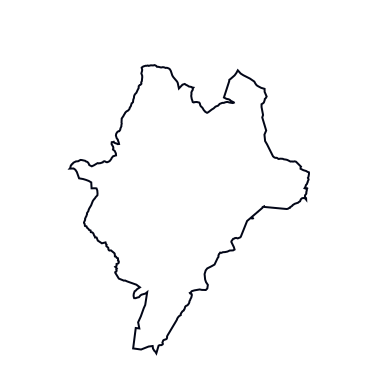 the district of San Antonio Cañada, Puebla, Mexico, rotated 337°
{"feature_id": "50627088B68124380296432", "entity_name": "San Antonio Cañada", "entity_type": "district", "adm_level": 2, "iso_a3": "MEX", "parent_name": "Mexico", "parent_adm1": "Puebla", "projection": "orthographic", "projection_center": [-97.28, 18.495], "detail": "fine", "context": "isolated", "style": "outline", "palette": "ink", "viewbox_px": 384, "rotation_deg": 337, "n_neighbors": 0, "source": "geoboundaries", "source_scale": "gbopen_adm2", "svg_char_len": 5979}
<svg xmlns="http://www.w3.org/2000/svg" viewBox="0 0 384 384"><g transform="rotate(337 192 192)"><path d="M219.5,252.2L231.4,240.2L236.2,238.7L236.4,239.3L237.0,239.1L237.6,240.1L237.8,240.1L237.7,238.7L237.4,238.3L250.6,234.1L251.1,233.5L252.8,233.4L252.7,234.0L272.6,244.7L273.9,244.9L274.7,244.7L276.0,244.8L276.2,244.4L278.4,244.0L279.4,243.6L279.6,243.4L282.0,243.0L285.5,243.3L286.2,243.0L287.9,242.7L289.3,241.3L290.5,240.8L291.2,240.8L292.5,241.2L293.4,241.9L293.8,242.5L294.1,243.6L294.6,242.2L294.1,240.9L294.3,240.0L294.8,239.2L296.4,238.3L297.0,237.5L297.1,236.8L298.2,235.6L298.4,234.8L299.5,233.7L299.3,233.4L299.0,233.3L298.2,233.4L297.1,232.5L298.7,231.3L299.5,230.2L301.1,229.4L301.6,228.7L302.2,228.3L302.5,227.7L304.1,226.2L304.3,225.8L304.2,224.3L305.1,223.6L306.8,221.0L307.3,219.6L306.2,218.6L305.3,217.3L303.0,215.4L301.0,213.0L301.8,211.4L302.2,211.2L299.6,204.8L298.5,203.9L296.8,203.5L296.3,203.1L294.5,202.4L292.3,199.8L291.3,199.0L289.2,197.7L288.5,196.9L286.0,195.7L284.9,195.6L284.3,195.1L283.9,194.3L283.3,193.6L282.4,193.3L281.5,192.6L281.2,192.2L280.5,190.8L279.7,177.4L279.2,173.7L281.1,167.5L284.3,164.4L285.8,150.8L287.5,148.9L289.2,141.0L290.3,138.4L292.4,138.0L293.2,137.6L294.9,135.7L295.4,134.8L296.4,134.5L298.0,133.3L298.0,128.2L299.1,125.4L296.4,123.2L294.2,120.5L293.2,119.0L292.7,116.9L292.5,114.7L289.7,110.3L284.9,104.6L283.1,102.0L281.7,97.9L279.3,99.8L276.8,101.3L271.6,103.0L270.2,103.3L269.5,104.6L258.3,117.5L260.1,119.7L262.0,121.0L263.0,122.3L263.3,123.2L265.5,125.8L265.5,126.1L264.4,126.1L261.8,124.5L259.6,122.8L257.4,122.4L256.2,122.4L254.7,121.8L251.9,121.7L249.8,122.7L247.0,122.6L244.6,123.5L242.5,123.8L238.6,124.8L237.4,125.0L236.8,125.0L235.5,123.3L235.3,122.3L234.9,121.6L234.5,118.5L233.6,116.5L233.5,115.3L233.8,113.5L233.6,112.5L231.7,111.1L229.7,110.3L228.7,110.3L227.9,109.6L227.8,109.3L228.0,108.4L228.1,106.3L228.8,103.3L229.8,101.6L230.3,100.2L231.2,99.2L232.2,98.6L233.0,97.6L233.0,97.1L234.0,96.5L233.1,95.9L232.5,95.1L230.3,93.6L229.4,92.1L228.7,91.5L227.5,89.7L225.2,89.5L220.4,91.6L221.5,85.9L221.4,84.5L219.7,79.0L219.4,77.1L219.8,72.3L219.6,70.5L219.2,69.6L218.0,68.3L217.3,67.8L216.2,67.5L215.2,66.5L214.0,65.7L212.2,65.3L209.9,63.6L208.7,63.1L208.4,62.0L207.2,60.6L205.6,60.3L203.6,59.3L201.4,59.0L200.8,58.3L199.5,58.1L198.8,57.7L196.2,57.4L194.3,57.8L194.1,58.6L194.0,59.7L193.5,60.8L191.7,63.1L191.6,65.4L191.1,66.8L189.1,70.4L188.3,71.0L188.0,71.4L187.7,72.6L186.4,73.2L185.7,73.1L184.8,73.5L184.3,73.8L183.4,75.6L182.1,76.6L179.5,79.0L178.6,79.3L177.3,80.0L176.1,81.2L175.4,82.6L174.0,84.1L172.8,86.2L171.5,86.8L171.1,86.8L169.1,89.2L167.7,90.0L167.2,90.8L166.4,91.4L164.8,92.1L163.3,92.2L161.5,92.9L161.2,93.3L159.7,94.3L158.5,95.3L156.0,96.9L154.2,100.7L154.1,101.5L153.1,102.9L152.7,103.9L151.0,105.5L150.2,106.7L148.8,107.6L148.0,107.3L146.3,107.8L144.9,108.9L144.0,110.3L143.7,113.2L144.2,114.8L144.0,115.3L143.9,117.7L143.6,119.3L142.3,118.9L141.5,117.9L140.6,117.2L139.6,116.1L139.6,115.2L138.6,115.1L137.6,114.8L136.7,116.4L136.9,118.5L137.1,119.2L136.8,120.9L135.9,121.8L135.9,122.2L136.9,124.0L137.0,126.8L136.4,128.6L135.7,128.4L134.9,128.5L133.7,128.3L133.3,128.3L131.4,129.3L130.4,130.2L128.6,131.2L128.1,131.4L126.2,131.5L125.4,131.4L124.7,130.9L124.0,130.0L123.4,129.5L123.0,129.4L122.2,129.4L121.3,129.9L120.5,129.7L119.2,129.7L117.1,129.1L116.6,128.6L115.8,128.6L112.1,129.1L109.8,129.2L108.0,127.1L108.0,125.1L107.5,123.6L106.9,122.9L106.5,122.7L105.8,121.5L103.0,119.5L101.8,118.9L99.2,119.2L97.1,118.5L94.2,118.7L93.3,119.3L92.2,119.5L91.7,120.0L90.9,120.2L89.2,122.4L88.6,122.7L92.2,124.1L93.3,125.9L93.8,128.6L93.4,135.3L96.8,137.5L99.1,139.4L101.3,141.5L103.0,143.8L101.0,149.4L104.3,150.7L105.5,151.4L105.4,153.6L104.4,156.6L103.6,158.1L101.3,159.1L100.0,160.0L98.8,160.5L97.1,161.6L93.9,164.9L91.4,166.7L90.0,167.9L89.2,169.0L87.0,170.5L86.7,171.5L85.9,172.2L85.1,173.2L84.5,173.5L83.0,175.0L82.8,175.8L80.7,177.8L80.5,178.4L80.7,179.3L80.2,181.4L80.9,182.0L81.4,182.3L81.5,184.1L82.2,185.3L82.5,186.8L83.6,187.8L83.2,189.4L84.5,190.3L84.8,191.0L85.0,191.7L84.9,194.0L85.2,194.7L85.0,196.0L86.1,196.4L86.4,196.7L86.3,199.9L89.0,204.0L92.7,204.6L92.5,206.2L92.8,207.2L92.2,207.8L92.0,208.4L93.1,210.5L93.0,211.1L92.6,212.3L92.8,213.2L93.1,213.6L94.6,214.1L96.6,217.9L96.7,218.9L96.4,219.4L96.3,220.2L95.9,221.0L96.0,221.3L96.3,221.3L96.8,221.8L97.0,223.2L97.9,224.0L97.7,225.1L97.1,226.0L97.2,227.0L97.5,227.2L97.3,227.9L96.5,228.8L96.1,228.9L94.4,228.8L93.9,230.2L93.3,230.8L92.1,230.9L92.4,231.8L92.7,231.9L92.9,233.2L92.4,233.3L91.9,233.9L91.9,234.9L91.3,235.6L90.0,235.8L89.8,236.3L90.8,243.1L94.7,247.0L95.8,247.3L97.4,249.0L104.6,255.6L106.8,259.4L103.4,260.0L101.7,260.8L100.4,261.0L98.6,263.0L97.8,264.4L97.4,265.7L97.3,267.1L98.6,267.7L100.5,267.8L102.1,268.1L104.0,267.1L105.4,266.8L109.5,267.3L111.6,266.7L104.8,277.7L102.2,280.1L96.3,286.5L91.5,290.9L90.2,297.0L87.1,295.2L76.7,313.0L83.6,317.1L91.7,317.3L95.6,318.4L94.9,320.9L95.3,323.6L95.8,324.4L96.1,326.6L101.2,320.4L102.2,320.3L104.1,321.0L105.4,320.8L105.8,320.5L105.9,320.1L105.9,319.1L107.5,317.4L108.5,317.2L110.4,317.4L111.4,317.2L112.1,316.4L112.6,315.2L113.4,314.5L126.4,305.0L128.4,303.5L128.7,303.0L130.0,302.0L131.7,301.2L133.6,300.9L133.9,300.0L134.8,299.2L136.6,298.1L138.2,297.8L138.6,297.2L139.3,296.9L141.0,294.9L142.1,294.5L143.6,294.5L145.6,293.4L146.6,292.3L146.9,291.6L148.0,290.8L149.0,289.7L150.1,288.9L151.6,286.8L151.8,285.9L150.7,284.7L150.6,284.1L151.8,284.0L152.5,283.4L153.2,283.2L155.8,283.5L161.0,284.7L162.7,285.9L166.4,287.6L168.4,286.8L170.3,283.7L169.7,280.5L169.9,277.7L171.5,272.5L174.0,269.5L176.2,268.3L180.8,268.0L184.4,267.6L189.8,262.8L191.0,262.1L191.5,260.8L192.7,259.6L193.4,259.4L194.2,258.8L195.3,259.5L196.9,259.5L198.9,260.2L201.4,260.7L203.8,260.6L207.0,261.8L208.7,261.6L209.0,259.2L208.7,253.3L209.1,252.7L211.6,251.2L212.9,251.4L213.3,251.2L214.7,251.5L216.0,252.6L218.8,252.6L219.5,252.2Z" fill="none" stroke="#020617" stroke-width="2"/></g></svg>